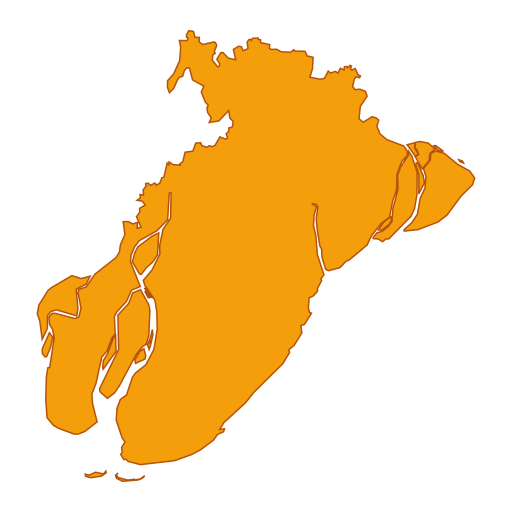 Pyapon, Ayeyarwady, Myanmar (orthographic projection)
{"feature_id": "60261553B36201163114452", "entity_name": "Pyapon", "entity_type": "district", "adm_level": 2, "iso_a3": "MMR", "parent_name": "Myanmar", "parent_adm1": "Ayeyarwady", "projection": "orthographic", "projection_center": [95.471, 16.16], "detail": "fine", "context": "isolated", "style": "filled", "palette": "amber", "viewbox_px": 512, "rotation_deg": 0, "n_neighbors": 0, "source": "geoboundaries", "source_scale": "gbopen_adm2", "svg_char_len": 5985}
<svg xmlns="http://www.w3.org/2000/svg" viewBox="0 0 512 512"><path d="M120.4,244.9L119.5,251.9L116.2,257.4L94.9,274.2L86.1,287.0L78.6,289.5L78.1,292.9L81.0,308.1L78.9,317.0L74.9,318.5L55.1,313.3L52.0,313.4L49.0,316.9L49.5,324.3L52.6,329.5L54.2,337.8L49.7,367.4L47.8,367.8L46.4,376.9L45.8,399.3L47.0,417.6L53.2,425.1L58.2,428.2L74.2,434.1L78.6,434.0L84.8,431.5L97.1,421.9L92.5,403.3L91.9,393.8L95.9,383.7L101.8,357.0L106.9,351.1L112.1,337.5L115.2,333.9L114.4,316.4L116.8,311.9L126.4,301.5L131.6,290.1L140.3,286.5L130.5,261.9L131.0,255.1L134.6,246.8L139.2,240.7L156.9,230.8L167.6,219.8L169.3,193.1L171.1,192.9L170.6,218.2L163.0,229.3L159.6,245.8L159.9,253.9L151.9,270.2L143.3,280.3L144.8,285.2L154.9,300.1L156.8,311.6L157.2,329.4L153.9,349.4L145.9,364.7L135.5,373.0L132.5,377.2L126.5,395.0L120.4,399.4L117.1,407.9L116.2,420.2L122.2,438.0L125.0,442.0L121.6,447.4L122.2,452.6L120.7,454.3L123.9,459.6L125.8,459.1L128.1,461.4L140.3,464.6L174.4,460.7L191.5,454.6L200.5,449.8L213.5,440.1L217.5,434.5L223.6,431.7L224.5,428.8L219.7,429.4L223.8,422.7L245.4,402.9L254.1,392.1L282.7,363.8L289.6,352.5L288.9,349.7L294.2,345.3L301.8,332.9L300.9,325.5L304.4,324.5L311.5,313.2L309.5,312.3L308.4,308.0L309.1,297.9L313.5,295.8L317.5,291.2L317.5,288.4L321.6,280.5L320.9,279.0L323.9,274.7L317.4,254.7L315.8,235.5L313.5,225.7L314.0,215.7L316.4,206.9L311.7,203.5L316.6,204.5L317.9,207.3L316.2,218.3L317.4,230.9L319.9,246.1L321.6,248.9L322.0,257.2L325.7,269.3L328.5,270.7L339.9,267.7L346.3,261.0L349.2,260.0L367.1,245.0L371.4,235.8L381.0,223.5L389.5,217.2L392.7,200.9L396.5,190.2L397.0,174.1L401.6,161.7L407.1,155.7L407.5,151.3L403.7,146.0L387.0,139.7L380.0,133.9L376.9,126.3L378.7,120.2L376.3,118.0L372.1,116.7L363.2,122.2L359.0,118.8L360.3,106.5L367.1,96.2L365.4,91.4L359.9,89.2L354.9,89.6L352.6,86.5L354.4,78.9L356.2,76.8L359.6,77.8L360.4,75.9L358.1,74.9L355.2,68.5L351.7,70.1L350.6,68.9L351.4,66.0L350.1,65.3L347.8,67.9L346.9,66.4L344.4,66.8L344.1,70.0L340.4,68.2L337.9,73.1L335.5,71.4L330.5,73.0L328.2,71.1L324.5,78.4L320.0,79.2L309.9,77.2L312.5,68.5L313.1,57.3L307.3,56.0L305.0,51.3L294.9,51.1L293.8,49.7L290.7,52.2L281.2,51.8L276.7,49.3L270.9,49.4L269.3,48.1L269.7,44.6L260.6,42.6L260.6,39.7L258.3,39.5L258.1,38.0L252.7,38.3L251.1,40.5L250.4,39.3L248.8,39.7L247.1,42.2L248.0,48.2L246.8,49.3L243.1,50.6L241.4,46.8L238.7,46.2L233.4,49.4L235.6,59.8L228.2,58.1L223.0,52.6L220.9,52.6L216.8,59.3L219.7,63.6L219.2,66.4L217.6,66.8L212.3,60.2L212.9,54.7L215.2,53.4L214.3,51.7L216.7,45.5L215.6,42.9L214.3,41.9L202.6,44.5L199.1,41.8L199.4,37.4L195.0,37.3L193.4,31.4L188.8,30.7L186.5,34.6L186.4,37.1L188.2,38.2L187.0,40.6L179.4,40.5L180.7,47.3L179.7,60.5L173.6,74.0L167.6,80.7L167.4,87.1L169.4,92.7L173.7,88.5L177.5,79.7L179.6,77.0L182.6,76.4L184.4,70.5L186.7,68.0L189.4,67.9L192.6,79.9L203.9,86.2L201.3,92.0L205.2,101.8L208.2,105.4L206.9,108.0L207.6,112.5L211.3,117.9L209.2,122.5L219.0,120.9L228.6,110.6L230.0,118.4L233.0,121.1L232.8,125.3L231.8,127.4L228.9,127.8L228.7,131.4L226.2,133.8L227.5,137.9L225.9,139.2L219.9,136.9L215.0,145.5L211.9,146.7L209.4,145.6L206.8,147.3L201.9,145.6L200.6,142.7L195.7,143.1L192.9,151.1L185.1,152.2L182.8,161.6L179.7,164.0L180.4,165.1L173.0,164.6L169.1,161.9L168.9,164.7L167.2,163.0L163.9,177.1L161.8,177.8L159.9,183.0L156.3,185.3L154.9,183.0L150.5,185.4L148.3,183.2L145.7,183.6L145.9,186.4L143.1,189.9L143.6,195.1L140.0,194.5L140.4,197.9L137.1,200.3L142.0,201.0L145.3,204.9L139.5,208.4L139.9,212.0L136.5,216.7L141.1,227.2L137.1,228.1L137.5,222.4L132.7,223.9L128.3,221.6L123.2,221.6L124.9,234.5L120.4,244.9ZM404.3,231.1L418.1,229.6L438.0,222.0L446.9,215.2L461.3,195.8L472.5,184.8L474.7,178.1L469.7,171.0L457.6,164.3L444.1,153.2L435.4,151.1L430.8,153.7L430.4,160.0L423.5,168.5L426.0,176.8L424.9,188.2L420.2,198.4L417.4,214.2L411.9,222.6L403.9,229.9L404.3,231.1ZM107.4,398.4L114.6,392.8L119.3,385.9L136.1,354.5L142.7,346.4L146.0,344.4L148.8,335.8L149.9,310.3L148.7,304.6L140.5,289.7L132.8,292.9L128.6,303.6L117.9,315.1L118.6,349.5L99.6,388.8L100.0,391.7L107.4,398.4ZM388.8,238.9L411.0,216.3L414.5,208.7L416.9,194.9L417.2,172.4L411.8,156.0L408.7,151.4L408.4,155.2L400.3,167.5L397.6,175.5L398.0,189.5L392.9,208.7L392.0,221.5L387.8,227.0L382.5,231.1L377.0,232.8L373.1,237.3L373.2,238.6L378.4,239.0L382.4,241.7L385.9,239.0L388.8,238.9ZM81.2,278.6L71.9,275.6L51.3,287.7L47.9,290.6L38.9,305.0L37.3,313.8L39.8,321.1L42.2,339.4L47.4,328.4L47.4,315.8L50.6,311.7L56.3,309.8L76.8,315.9L77.9,308.6L76.2,289.1L86.0,284.3L90.2,276.1L81.2,278.6ZM141.2,274.5L146.2,267.8L152.8,262.0L157.5,254.9L158.8,232.9L151.8,236.3L137.8,247.0L134.7,252.8L132.4,261.9L139.5,273.9L141.2,274.5ZM422.2,168.9L429.1,160.5L429.8,153.5L435.1,149.2L428.2,143.0L419.3,141.5L415.1,142.6L415.4,144.6L414.9,148.2L415.7,148.4L416.9,149.9L418.7,154.3L415.3,157.0L422.2,168.9ZM103.1,369.3L116.0,351.4L115.6,335.5L113.1,338.6L107.7,353.3L103.2,361.0L102.7,367.9L103.1,369.3ZM46.7,356.6L50.6,347.1L52.8,337.3L49.4,332.7L42.2,349.1L42.4,353.5L44.9,356.8L46.7,356.6ZM418.8,193.9L424.5,182.6L423.1,175.5L417.8,163.3L416.4,162.8L415.7,164.5L418.9,174.8L418.8,193.9ZM135.5,363.4L144.8,359.1L145.8,355.9L143.9,348.7L139.5,351.7L134.9,360.0L135.5,363.4ZM382.1,229.9L389.6,223.9L391.5,219.7L390.8,216.7L383.6,222.2L378.3,229.9L382.1,229.9ZM415.2,156.1L418.4,154.2L414.7,148.2L414.9,142.7L407.1,144.7L415.2,156.1ZM106.2,472.8L105.9,471.1L103.4,473.9L95.5,472.2L89.1,475.2L85.2,474.1L85.6,476.3L90.7,477.7L101.2,476.2L106.2,472.8ZM118.3,477.6L116.3,475.3L117.9,472.9L115.5,475.5L116.6,478.3L122.5,481.3L137.8,480.0L140.6,479.1L143.4,477.4L144.7,475.7L140.1,479.0L132.8,480.2L133.5,479.3L127.9,480.1L118.3,477.6ZM443.5,151.3L435.8,145.6L433.9,145.7L437.4,150.4L443.5,151.3ZM151.1,342.8L152.9,335.0L152.4,329.5L149.9,340.0L151.1,342.8ZM149.1,349.4L150.6,345.2L149.3,340.5L147.4,344.8L149.1,349.4ZM151.5,297.4L147.2,290.1L144.4,287.8L149.7,296.9L151.5,297.4ZM463.5,163.0L462.3,160.9L458.8,159.8L460.1,161.8L463.5,163.0ZM149.8,298.2L148.6,297.0L144.7,291.1L147.9,297.3L149.8,298.2Z" fill="#f59e0b" stroke="#b45309" stroke-width="1.5"/></svg>